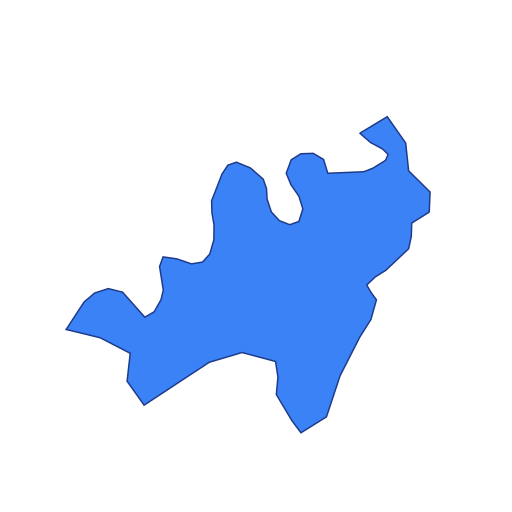 outline of Soroca, rotated 297°
{"feature_id": "MDA-1653", "entity_name": "Soroca", "entity_type": "District", "adm_level": 1, "iso_a3": "MDA", "parent_name": "Moldova", "parent_adm1": "", "projection": "equal_earth", "projection_center": [28.265, 48.155], "detail": "fine", "context": "isolated", "style": "filled", "palette": "blue", "viewbox_px": 512, "rotation_deg": 297, "n_neighbors": 0, "source": "natural_earth", "source_scale": "10m", "svg_char_len": 1093}
<svg xmlns="http://www.w3.org/2000/svg" viewBox="0 0 512 512"><g transform="rotate(297 256 256)"><path d="M104.3,120.2L137.0,123.7L149.7,129.0L159.9,139.2L163.2,153.5L151.0,184.7L160.1,190.6L173.9,191.2L183.5,188.9L202.8,174.9L213.0,173.6L217.5,186.7L219.7,202.1L226.3,211.1L236.8,213.9L251.3,211.1L264.6,204.5L274.4,197.2L285.0,191.4L313.6,188.5L324.2,189.7L330.7,196.0L331.9,211.1L327.7,227.6L320.8,234.8L311.9,239.9L302.2,249.7L298.1,260.8L299.2,271.9L306.2,278.5L319.2,276.4L328.8,267.0L335.3,254.9L343.4,245.4L357.7,243.7L367.5,249.6L373.4,260.3L372.7,272.4L362.3,282.4L380.0,313.8L387.5,320.4L400.0,328.0L406.5,327.6L408.8,320.2L409.1,306.6L412.5,293.0L413.1,293.1L439.7,309.7L424.6,338.1L401.2,353.3L392.0,382.1L373.8,390.4L356.0,379.8L343.9,385.5L331.8,388.7L302.3,378.2L291.4,371.7L280.4,367.8L275.8,375.0L271.6,383.2L251.6,387.2L230.9,385.3L187.4,385.3L144.7,391.8L118.9,376.3L125.5,362.9L141.8,337.0L158.1,330.5L170.9,321.3L163.6,287.3L140.1,262.6L72.3,224.0L85.9,198.0L112.2,188.1L112.4,154.2L104.5,120.9L104.3,120.2Z" fill="#3b82f6" stroke="#1e3a8a" stroke-width="1.5"/></g></svg>